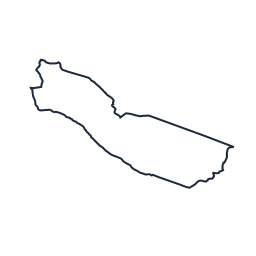 Barva, Heredia, Costa Rica (Equal Earth projection), rotated 110°
{"feature_id": "36466004B93518789602304", "entity_name": "Barva", "entity_type": "district", "adm_level": 2, "iso_a3": "CRI", "parent_name": "Costa Rica", "parent_adm1": "Heredia", "projection": "equal_earth", "projection_center": [-84.115, 10.073], "detail": "fine", "context": "isolated", "style": "outline", "palette": "slate", "viewbox_px": 256, "rotation_deg": 110, "n_neighbors": 0, "source": "geoboundaries", "source_scale": "gbopen_adm2", "svg_char_len": 5779}
<svg xmlns="http://www.w3.org/2000/svg" viewBox="0 0 256 256"><g transform="rotate(110 128 128)"><path d="M163.2,49.9L158.6,46.1L156.6,45.0L155.3,44.5L154.8,44.2L154.6,44.2L153.2,42.9L153.1,42.7L152.9,42.4L152.4,41.4L152.4,40.9L152.2,40.3L152.2,38.6L152.0,37.6L151.9,37.4L151.9,37.2L151.6,36.7L151.4,36.4L151.4,36.2L151.2,36.2L150.8,36.0L150.7,35.8L150.4,35.6L150.1,35.3L149.4,35.3L149.4,35.2L149.0,35.2L148.4,34.8L147.7,33.9L147.7,33.7L147.4,33.3L147.4,33.1L146.9,32.1L146.7,31.4L146.4,31.2L145.4,31.2L145.2,31.1L144.9,31.1L144.5,30.7L143.6,30.7L143.4,30.9L142.1,32.0L141.8,32.1L141.6,32.1L141.3,32.4L140.9,32.5L140.7,31.2L140.7,30.7L140.5,30.3L140.3,29.8L139.9,28.4L139.8,28.2L139.4,27.6L139.2,27.3L138.0,27.3L137.7,27.2L137.2,26.6L137.1,26.3L136.9,26.1L136.1,25.1L135.0,24.2L134.7,24.4L134.0,25.2L133.5,25.6L133.1,25.6L132.4,25.8L132.1,25.8L131.8,26.0L131.5,26.1L131.2,26.3L130.7,26.3L130.3,26.4L128.0,26.4L128.0,26.2L127.8,26.1L127.8,25.9L127.6,25.9L127.3,25.7L127.1,25.7L126.6,25.4L126.1,25.4L125.3,25.2L123.7,25.2L123.4,25.1L121.6,25.1L121.4,25.1L121.1,25.3L120.8,25.3L120.5,25.6L120.3,25.6L119.3,26.0L118.6,26.1L118.1,26.4L117.1,26.7L115.9,26.7L114.8,27.0L113.4,27.0L112.9,26.8L112.2,26.3L112.0,26.2L111.8,25.9L111.6,25.9L111.4,25.6L110.3,23.8L110.0,22.7L109.7,22.2L109.7,21.9L109.2,54.7L109.2,112.7L111.0,116.9L111.0,117.1L111.1,117.4L111.8,118.6L111.9,118.8L112.2,119.6L112.5,119.9L112.8,120.6L113.2,123.1L113.2,123.6L113.3,124.1L113.5,125.6L113.5,126.2L113.6,126.6L113.7,129.1L113.9,130.5L114.2,131.9L114.3,132.5L114.5,133.1L114.5,133.4L114.8,134.6L115.2,135.2L120.8,138.8L119.9,139.6L119.3,141.1L119.2,141.7L119.1,142.4L119.0,142.7L119.0,143.0L118.6,145.3L118.4,145.5L117.9,146.0L117.5,146.2L114.4,146.2L114.3,146.3L114.1,146.6L113.8,147.3L113.7,147.4L113.2,148.8L112.8,150.1L112.3,150.8L111.7,150.8L110.9,150.4L110.3,150.3L110.3,150.2L109.8,150.5L109.4,150.8L108.8,150.9L108.3,150.9L108.0,150.7L107.3,150.7L106.6,151.4L106.1,152.1L105.5,153.3L105.3,153.8L104.7,156.0L104.7,156.3L104.6,156.6L104.5,157.0L104.2,158.4L103.9,159.2L103.4,160.1L102.9,160.8L102.7,161.6L102.4,161.7L102.4,161.8L102.1,162.8L101.7,163.6L101.5,163.9L101.0,164.6L100.7,165.5L100.4,166.0L99.9,167.4L99.0,168.8L98.6,170.2L97.6,172.9L97.6,173.0L97.4,173.4L96.8,174.7L96.6,175.0L96.5,175.5L96.4,175.5L96.3,175.9L96.1,177.0L96.1,177.8L96.0,178.3L95.9,178.6L95.8,178.8L95.7,178.9L95.1,180.1L94.9,180.4L94.5,181.2L94.4,181.7L94.3,182.5L94.4,185.3L95.6,203.5L95.7,209.7L95.1,210.5L94.5,211.5L94.1,211.9L93.7,212.1L93.5,212.6L92.8,212.6L92.1,212.8L90.8,213.8L90.6,214.0L90.4,214.6L90.1,215.8L90.5,216.0L90.9,216.4L91.0,216.4L91.6,217.3L92.6,219.4L92.9,220.4L93.3,221.3L93.4,221.8L93.8,222.6L94.0,223.5L94.1,224.1L94.2,225.4L94.3,226.1L94.3,226.9L94.2,227.7L94.1,227.8L94.0,228.0L93.5,228.4L93.4,229.1L93.4,231.5L93.5,232.1L93.5,232.8L93.6,233.1L93.8,233.3L94.0,233.4L94.6,233.4L94.9,233.2L95.3,233.1L96.1,233.7L96.4,233.7L96.7,233.5L97.0,233.5L97.5,233.3L97.8,232.9L98.8,232.5L99.3,232.5L99.3,232.4L100.2,232.4L101.1,232.7L101.6,233.2L102.3,233.4L102.8,233.5L104.9,234.1L105.2,233.6L105.6,232.8L106.0,231.9L106.2,231.6L106.7,230.7L107.2,230.2L107.4,229.7L107.7,229.3L108.5,228.5L109.8,227.8L110.3,227.1L110.6,226.5L110.9,226.2L111.4,225.9L111.7,225.8L112.2,225.1L113.0,224.4L113.5,224.1L114.0,224.1L116.5,224.2L116.9,224.0L119.1,223.6L122.9,230.6L123.5,233.0L123.9,232.6L124.0,232.6L124.0,232.4L124.3,231.7L124.4,231.3L124.7,231.0L126.0,230.5L127.1,229.8L127.4,229.8L128.2,229.3L128.7,229.1L129.0,228.9L129.6,228.6L130.5,228.0L130.8,227.7L131.1,227.6L131.6,227.1L131.8,227.0L131.9,226.7L134.6,224.4L137.6,222.9L138.5,221.8L138.6,221.3L138.7,221.1L139.1,220.2L140.1,219.5L141.1,218.8L141.5,217.4L141.4,217.1L141.4,216.3L141.3,216.0L141.1,215.8L141.1,215.5L141.0,215.1L140.7,214.7L140.6,214.1L140.1,213.5L140.1,213.4L139.8,212.6L139.6,212.3L139.3,211.6L139.1,211.3L138.7,210.0L138.3,209.4L138.3,209.2L137.8,208.3L137.5,207.4L138.0,205.2L138.3,203.5L138.3,202.6L138.2,202.3L137.6,201.6L137.3,200.6L137.3,199.7L137.2,199.0L137.2,195.1L137.3,194.5L137.4,193.2L137.6,191.9L138.1,190.8L138.7,189.9L138.7,188.9L138.5,188.2L138.5,187.1L138.4,186.7L138.4,186.1L138.5,185.9L138.8,185.8L138.9,183.5L139.0,183.2L139.4,183.1L139.6,182.9L139.8,182.2L139.9,181.7L139.9,178.9L140.0,178.6L140.4,178.0L140.6,177.1L140.6,176.7L140.8,175.6L140.9,174.5L141.4,172.9L141.4,172.4L141.8,171.0L142.1,170.3L144.2,167.8L144.6,166.8L145.0,166.5L145.4,165.7L145.8,165.3L146.3,163.8L146.5,163.4L146.9,163.0L147.1,162.6L147.5,161.5L148.0,160.5L148.3,160.1L149.2,159.6L149.6,158.4L151.2,154.9L151.4,154.8L151.6,153.9L151.8,153.7L152.1,152.9L152.4,152.5L152.4,152.3L152.9,151.4L153.0,150.9L153.4,150.3L153.4,150.1L153.6,150.0L153.6,149.7L153.7,149.4L153.9,149.2L154.1,148.7L154.4,148.3L154.5,147.4L154.6,146.8L154.6,146.5L154.7,146.4L154.7,146.2L155.0,145.4L155.0,145.1L155.3,144.4L155.7,143.8L156.1,142.9L156.7,141.8L156.8,141.6L156.8,141.3L157.0,141.0L157.1,140.2L157.3,139.8L157.4,139.1L157.6,138.5L157.7,138.4L157.9,137.7L158.1,137.4L158.3,136.4L158.4,136.1L158.5,135.6L158.6,135.2L158.7,134.9L158.7,134.4L158.8,134.2L158.8,132.6L158.9,132.2L158.9,128.2L159.0,127.7L159.0,125.2L159.1,124.4L159.7,122.7L160.6,121.7L161.2,119.8L161.5,118.5L161.6,117.6L161.7,117.1L161.9,116.5L161.9,116.1L162.0,115.8L162.0,114.1L162.1,113.4L162.2,113.1L162.5,112.8L163.7,111.2L164.0,110.7L164.1,110.0L164.3,109.5L164.7,108.8L164.8,108.2L164.8,107.0L165.0,105.9L165.3,103.6L165.5,102.8L165.9,100.9L165.9,100.6L165.7,99.5L165.7,98.6L165.6,97.9L165.6,97.5L165.7,97.3L165.7,96.1L165.5,95.0L165.2,94.7L165.0,94.0L164.4,92.9L164.3,92.4L164.1,91.8L164.1,91.1L164.5,90.0L164.5,89.5L164.2,89.2L163.8,89.0L163.6,88.9L163.5,88.6L163.7,83.1L163.4,59.7L163.4,58.1L163.5,57.7L163.5,52.8L163.2,50.6L163.2,49.9Z" fill="none" stroke="#1e293b" stroke-width="2"/></g></svg>